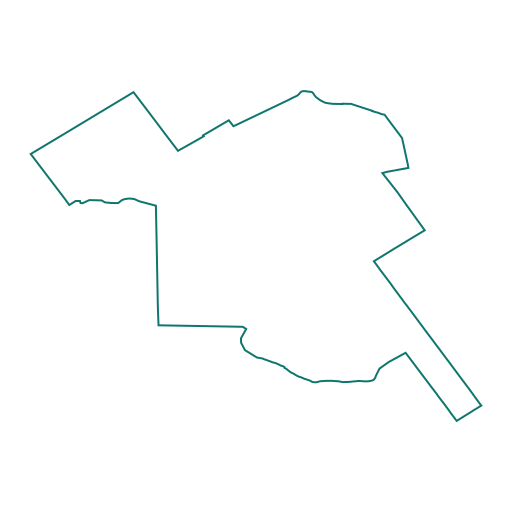 outline of Rasmiresti, Teleorman, Romania
{"feature_id": "2599482B62512953612399", "entity_name": "Rasmiresti", "entity_type": "district", "adm_level": 2, "iso_a3": "ROU", "parent_name": "Romania", "parent_adm1": "Teleorman", "projection": "robinson", "projection_center": [25.58, 43.986], "detail": "fine", "context": "isolated", "style": "outline", "palette": "teal", "viewbox_px": 512, "rotation_deg": 0, "n_neighbors": 0, "source": "geoboundaries", "source_scale": "gbopen_adm2", "svg_char_len": 4016}
<svg xmlns="http://www.w3.org/2000/svg" viewBox="0 0 512 512"><path d="M384.5,114.7L384.0,114.6L383.4,114.5L382.3,114.3L381.3,114.0L380.0,113.5L377.5,112.6L375.9,112.2L372.2,111.1L372.3,110.8L370.4,110.2L365.1,108.5L359.6,106.7L354.7,105.1L352.3,104.3L351.6,104.0L351.3,103.9L350.9,103.9L349.4,103.9L345.8,103.8L342.7,103.7L342.6,104.0L335.6,103.9L333.4,103.9L332.4,103.8L331.4,103.7L329.2,103.4L327.7,103.2L326.7,103.0L325.1,102.7L324.5,102.4L322.0,101.2L320.0,100.1L317.5,98.2L316.2,97.3L315.2,96.2L314.6,95.4L313.7,94.1L313.0,93.0L312.5,92.5L312.1,92.2L311.4,92.0L310.7,91.8L309.4,91.7L307.4,91.5L306.5,91.4L305.9,91.2L304.3,91.1L303.0,91.2L301.9,91.4L301.1,91.8L299.5,93.5L297.8,95.3L295.1,96.7L293.1,97.6L291.2,98.5L290.7,98.8L290.2,99.1L287.2,100.6L284.2,102.0L275.7,106.1L274.0,106.9L237.6,124.3L234.6,125.7L233.4,126.2L231.1,123.2L228.8,120.3L203.0,135.4L203.7,136.3L190.8,143.6L178.0,150.8L168.5,138.4L153.5,118.5L149.2,112.8L133.5,92.2L62.4,135.0L30.7,154.0L64.5,198.4L69.3,205.0L75.6,201.0L80.0,201.0L80.5,202.9L82.6,203.2L89.3,200.1L101.6,200.4L105.0,202.4L111.5,203.0L118.1,203.1L122.1,200.0L125.2,199.0L129.5,198.5L134.2,199.0L139.3,201.3L155.9,205.7L156.6,240.5L157.8,304.9L158.5,325.3L232.3,326.6L242.8,326.8L246.2,329.0L241.0,338.2L241.1,342.7L244.9,350.1L256.9,357.5L262.1,358.4L262.3,358.5L262.5,358.5L262.8,358.6L263.2,358.8L263.7,359.1L264.3,359.3L264.9,359.5L266.3,359.9L267.0,360.2L267.5,360.4L267.8,360.5L268.5,360.8L268.8,360.9L269.4,361.1L270.1,361.3L270.8,361.6L271.4,361.9L271.7,362.0L272.0,362.1L272.3,362.2L272.8,362.3L273.6,362.6L273.8,362.7L274.0,362.7L274.5,362.8L274.9,362.9L275.8,363.2L276.2,363.3L276.5,363.5L277.1,363.8L278.1,364.1L278.7,364.4L279.5,364.9L280.1,365.2L281.7,365.9L281.9,366.0L282.2,366.0L282.5,366.1L282.9,366.2L283.4,366.4L283.8,366.6L284.1,366.9L284.3,367.0L284.3,367.3L284.5,367.8L284.6,368.0L285.1,368.1L285.5,368.3L286.0,368.7L287.0,369.4L288.2,370.4L289.6,371.5L290.6,372.2L291.2,372.6L291.7,372.8L293.1,373.5L294.2,374.0L295.3,374.8L296.9,375.7L298.0,376.3L298.5,376.5L299.3,376.8L300.5,377.1L301.2,377.4L302.5,377.9L303.9,378.6L304.9,379.0L305.4,379.1L306.7,379.5L308.2,380.0L309.9,380.6L311.1,381.2L312.0,381.8L312.4,382.0L312.8,382.1L314.3,382.2L315.6,382.3L316.0,382.3L316.4,382.2L317.5,382.0L319.5,381.4L320.6,381.2L321.7,381.1L322.5,381.1L323.9,381.0L325.6,380.9L327.9,380.8L329.4,380.9L330.4,380.8L331.6,380.8L332.8,380.9L335.3,381.1L336.5,381.2L337.2,381.2L337.8,381.2L338.6,381.3L339.9,381.6L340.8,381.7L342.3,382.0L342.8,382.1L343.8,382.1L345.6,382.0L347.7,382.0L350.1,381.8L351.2,381.7L353.8,381.4L355.8,381.3L357.6,381.0L360.0,381.0L362.3,381.2L364.2,381.3L366.7,381.3L368.1,381.3L368.8,381.2L370.6,380.9L372.1,380.5L373.1,380.1L373.4,380.0L373.8,379.6L374.2,379.2L375.2,377.9L375.8,376.0L379.5,368.6L388.6,362.1L405.6,352.8L431.3,386.9L432.4,388.3L434.9,391.6L436.9,394.2L438.1,396.0L441.9,401.0L444.0,403.7L445.6,405.9L449.4,411.0L450.8,413.1L452.7,415.6L453.6,416.7L454.8,418.4L456.7,420.9L461.5,417.9L465.0,415.7L466.9,414.5L468.4,413.6L470.4,412.4L470.9,412.0L472.3,411.2L473.0,410.7L473.5,410.3L475.8,409.0L480.9,405.8L481.3,405.6L479.0,402.6L477.6,400.7L475.8,398.2L473.4,394.9L472.0,392.9L470.6,391.0L469.1,388.9L466.7,385.8L465.4,384.0L462.6,380.3L459.6,376.3L457.0,372.8L454.7,369.7L452.0,366.1L449.0,362.0L446.4,358.6L444.6,356.2L441.9,352.6L440.0,350.0L437.8,347.1L436.5,345.4L433.4,341.2L430.1,336.8L428.0,334.0L425.8,331.1L423.5,328.0L421.9,325.8L419.1,322.1L418.1,320.7L416.6,318.7L414.6,316.0L411.5,311.8L408.9,308.4L407.0,305.8L405.0,303.3L403.5,301.3L401.3,298.2L400.1,296.7L397.1,292.6L395.2,290.1L393.1,287.2L391.5,284.9L389.7,282.4L387.4,279.4L385.7,277.1L383.7,274.5L380.5,270.3L375.9,263.9L374.9,262.6L373.9,261.3L377.2,259.2L394.9,248.3L409.1,239.7L424.7,230.3L405.9,204.2L397.8,192.7L389.1,181.6L385.2,176.7L382.4,173.1L386.7,171.9L408.4,167.9L407.8,164.5L404.9,151.0L402.2,138.7L402.0,138.0L387.3,118.4L386.7,117.6L385.4,115.8L385.3,115.7L384.8,115.0L384.5,114.7Z" fill="none" stroke="#0f766e" stroke-width="2"/></svg>